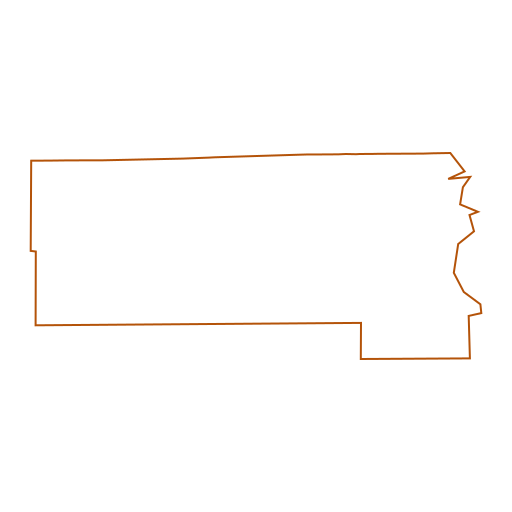 Putnam, Missouri, United States of America (Equal Earth projection)
{"feature_id": "52423323B64691104817228", "entity_name": "Putnam", "entity_type": "district", "adm_level": 2, "iso_a3": "USA", "parent_name": "United States of America", "parent_adm1": "Missouri", "projection": "equal_earth", "projection_center": [-92.899, 40.466], "detail": "fine", "context": "isolated", "style": "outline", "palette": "amber", "viewbox_px": 512, "rotation_deg": 0, "n_neighbors": 0, "source": "geoboundaries", "source_scale": "gbopen_adm2", "svg_char_len": 625}
<svg xmlns="http://www.w3.org/2000/svg" viewBox="0 0 512 512"><path d="M207.2,157.7L206.5,157.7L182.8,158.6L103.5,160.3L67.3,160.4L49.6,160.6L31.2,160.7L30.7,250.9L35.8,251.5L35.6,325.3L361.0,322.9L360.8,359.0L468.2,358.4L469.9,358.4L468.7,315.9L481.3,313.1L480.4,304.3L463.8,292.0L453.8,272.8L458.2,244.0L474.0,231.3L469.5,215.0L477.9,211.8L460.1,204.4L462.9,187.2L470.2,176.9L448.2,178.9L464.6,171.4L450.3,153.0L432.8,153.3L423.1,153.6L378.3,153.8L373.8,153.9L359.6,154.0L356.1,154.2L345.8,154.0L339.1,154.3L330.3,154.4L306.1,154.5L295.9,154.8L214.7,157.3L207.2,157.7Z" fill="none" stroke="#b45309" stroke-width="2"/></svg>